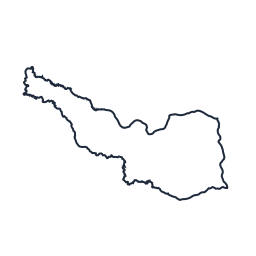 the district of Santuario, Risaralda, Colombia, rotated 161°
{"feature_id": "7082276B9908924507903", "entity_name": "Santuario", "entity_type": "district", "adm_level": 2, "iso_a3": "COL", "parent_name": "Colombia", "parent_adm1": "Risaralda", "projection": "mercator", "projection_center": [-75.953, 5.022], "detail": "fine", "context": "isolated", "style": "outline", "palette": "slate", "viewbox_px": 256, "rotation_deg": 161, "n_neighbors": 0, "source": "geoboundaries", "source_scale": "gbopen_adm2", "svg_char_len": 5904}
<svg xmlns="http://www.w3.org/2000/svg" viewBox="0 0 256 256"><g transform="rotate(161 128 128)"><path d="M215.3,193.1L213.7,193.1L212.9,193.4L212.6,193.2L212.5,192.1L210.5,191.6L210.8,191.1L210.5,190.6L209.6,190.8L209.2,190.7L209.2,190.2L208.7,189.7L208.4,189.0L207.7,189.6L207.1,189.5L206.7,188.8L206.5,187.7L205.6,187.5L205.8,187.0L206.3,186.8L205.4,185.6L205.1,185.6L204.6,186.6L203.7,186.5L202.9,185.8L202.3,185.6L199.8,185.7L199.5,185.2L199.1,182.3L200.0,181.0L200.0,180.4L199.7,180.1L197.8,179.4L194.2,179.9L193.7,178.5L191.6,178.8L189.9,177.4L189.9,177.0L190.5,176.6L189.6,176.2L189.4,175.9L190.5,175.5L190.3,175.2L189.4,175.0L190.0,174.2L189.4,172.8L190.3,172.5L190.2,171.9L188.7,169.5L186.4,168.5L186.0,167.8L186.0,165.7L185.4,164.7L185.9,163.1L185.8,160.2L185.5,159.7L184.2,159.8L183.6,158.2L182.9,157.6L183.1,156.3L182.6,155.2L181.2,153.5L181.3,153.3L180.7,152.8L180.0,149.6L180.8,148.6L180.9,147.6L180.8,146.5L180.3,145.3L180.5,142.9L179.8,142.1L179.7,140.5L180.5,138.5L180.5,137.8L181.2,137.4L181.3,136.4L181.7,135.8L181.5,134.5L181.5,130.6L180.2,126.7L179.1,125.8L176.8,124.7L174.7,124.2L173.3,123.1L173.0,122.8L173.0,121.8L171.8,120.3L171.6,118.4L170.4,117.2L170.0,116.0L167.9,115.3L166.6,114.4L167.1,113.3L166.4,112.3L165.4,112.0L163.4,113.1L161.5,112.6L161.1,112.0L160.6,110.3L159.5,110.2L158.4,109.4L158.2,108.0L157.6,107.2L157.6,106.3L156.9,106.2L155.4,107.1L154.4,106.5L153.8,106.5L152.6,107.6L152.0,106.9L152.0,106.0L151.0,105.2L149.6,104.9L147.1,103.6L146.0,104.1L143.3,102.3L143.2,101.7L143.5,100.9L142.5,100.0L142.3,99.0L141.7,97.9L141.7,96.6L142.1,96.5L142.7,96.7L142.8,96.1L143.8,94.9L143.7,93.3L144.0,93.7L144.6,93.6L144.2,93.2L144.5,92.8L145.2,92.5L145.5,92.0L145.9,92.0L145.9,91.6L145.2,91.7L144.8,89.6L145.0,89.0L145.8,89.0L146.5,88.5L146.6,87.3L146.1,86.6L146.4,85.2L145.9,84.9L146.0,83.5L146.9,83.5L147.8,82.7L147.7,82.3L149.2,81.2L149.3,80.8L148.8,80.5L148.7,79.8L147.5,77.4L146.1,77.3L145.7,76.9L146.3,76.2L146.0,75.7L146.4,74.9L145.7,74.7L145.3,74.0L144.9,74.1L144.7,74.5L143.8,74.6L143.3,74.4L141.9,74.8L141.1,74.2L140.5,75.3L139.9,75.4L138.7,76.5L138.0,76.1L137.4,76.1L137.2,75.6L136.2,74.8L135.8,73.7L135.0,73.6L134.1,73.0L133.3,73.1L132.7,72.6L132.2,73.0L131.7,72.8L131.4,72.1L130.1,71.4L129.2,69.6L128.6,69.8L127.9,69.3L127.1,69.9L127.3,70.2L128.5,70.3L128.6,70.5L127.4,71.4L126.5,71.2L125.9,71.4L124.6,71.2L124.8,70.0L124.0,69.6L123.0,68.2L123.4,67.5L123.3,66.4L123.6,65.4L124.4,64.6L124.2,63.8L122.7,63.6L122.2,62.9L120.6,62.2L120.0,61.5L118.8,61.5L117.7,59.9L117.6,58.5L116.7,56.8L114.6,55.0L113.8,53.8L112.5,53.3L112.1,52.8L111.5,52.9L111.5,52.3L110.5,50.9L109.8,50.5L108.5,49.0L107.9,48.8L107.4,48.2L106.5,47.8L105.4,46.9L104.4,45.3L102.4,43.1L99.5,42.9L97.6,42.3L94.4,41.8L91.3,42.0L89.3,42.6L87.4,42.8L84.7,42.3L82.7,42.2L80.7,43.0L79.3,43.1L76.4,42.4L73.1,43.7L71.4,44.8L70.2,44.1L67.2,44.6L65.3,42.9L64.9,42.1L64.6,42.0L63.1,41.6L61.0,40.6L58.2,41.4L57.5,41.4L56.1,40.0L53.8,39.0L53.4,39.7L53.2,42.0L53.9,44.3L55.0,46.2L55.1,51.7L54.5,53.1L53.0,54.8L52.4,56.7L52.4,58.3L52.9,60.8L52.8,63.2L52.6,63.9L51.5,65.0L50.7,65.2L49.0,66.6L47.6,67.2L46.3,69.1L45.9,74.5L45.5,76.8L45.5,79.9L45.7,81.6L46.9,84.9L46.9,85.6L46.3,86.5L44.9,86.9L44.0,88.0L43.6,89.8L44.5,93.3L44.3,95.5L43.8,97.0L41.6,99.3L41.6,100.1L40.6,101.9L40.4,104.0L40.9,106.7L40.4,107.8L42.3,108.4L43.5,109.3L45.9,112.0L47.4,112.9L48.5,114.0L51.9,118.3L54.2,120.5L56.4,121.8L59.0,121.8L59.8,121.5L61.4,122.2L62.5,122.4L64.4,122.4L65.9,122.1L67.0,122.6L69.8,122.3L72.7,122.6L75.1,123.4L78.8,125.6L83.8,126.6L85.0,126.1L85.6,124.3L89.1,120.6L90.3,118.8L91.3,118.1L92.6,116.5L93.2,116.1L94.3,115.7L95.4,115.6L97.9,116.2L102.2,116.3L104.6,115.9L106.0,114.9L107.3,114.6L108.8,114.8L110.4,115.4L110.8,116.0L111.5,120.2L109.8,122.4L109.7,124.9L110.6,126.3L112.6,128.2L113.4,129.9L115.2,131.5L116.8,132.4L117.9,132.6L119.5,132.5L124.6,130.3L126.2,128.9L130.3,129.1L131.5,129.4L132.9,130.3L134.2,132.1L134.8,134.0L135.2,138.5L136.6,142.9L136.5,145.2L137.2,147.6L138.2,149.2L139.5,150.5L143.5,152.5L144.5,153.5L145.8,153.7L146.7,154.4L147.4,154.2L148.0,154.6L149.2,154.8L150.1,155.6L150.6,155.2L151.2,155.4L152.0,155.2L152.1,155.8L152.7,155.3L153.1,155.4L154.0,156.5L153.6,157.4L154.7,157.9L154.7,158.6L155.1,159.2L154.7,159.5L155.1,160.3L154.7,161.3L154.8,163.3L155.0,164.1L154.8,164.7L155.0,165.2L154.8,166.4L156.1,167.4L156.5,168.1L157.3,168.3L157.2,168.8L157.8,169.7L158.5,170.1L159.3,170.0L160.6,170.4L161.0,171.2L161.8,171.4L163.6,173.4L164.9,173.4L165.9,175.5L167.5,176.2L168.1,177.6L168.9,178.5L169.9,181.5L170.0,182.9L169.2,183.5L169.5,184.2L169.8,184.5L170.3,184.3L170.5,184.6L171.0,184.7L172.0,185.6L173.4,184.9L174.4,185.3L174.8,185.7L174.7,187.0L175.9,187.6L175.8,188.7L175.9,189.1L176.4,189.3L177.0,189.2L177.2,189.8L177.9,189.7L178.2,190.7L179.1,190.9L179.8,190.7L179.8,190.9L179.4,191.4L179.6,192.2L180.5,192.2L180.2,191.6L181.0,191.8L181.4,191.4L182.0,191.2L183.0,191.4L182.9,191.7L183.4,192.0L183.1,192.5L183.7,193.4L184.3,193.2L184.3,193.7L185.3,194.0L184.9,194.6L185.0,195.0L186.3,195.3L186.3,195.6L185.6,195.6L185.4,196.0L185.7,196.4L186.0,196.2L186.2,196.3L186.1,196.7L186.3,197.2L186.0,197.5L186.2,198.0L187.7,199.7L188.3,199.6L188.9,199.1L190.1,199.6L190.1,200.0L190.8,200.4L190.7,200.8L191.1,201.1L191.5,202.3L192.4,203.2L192.3,204.5L192.9,204.1L193.6,204.1L193.8,204.6L194.5,204.8L194.9,205.2L195.3,205.2L197.0,205.9L198.1,205.8L198.5,206.1L198.9,207.0L198.6,208.0L199.2,208.2L198.4,210.5L199.9,211.7L199.1,212.7L199.1,214.3L198.5,214.6L198.3,214.9L198.4,216.8L198.9,217.0L199.6,216.9L200.2,215.8L200.7,215.7L202.8,216.8L203.6,217.0L205.3,216.2L206.1,215.5L206.7,214.6L207.0,213.1L207.3,208.7L209.2,208.3L209.3,206.1L210.9,205.5L211.6,204.8L211.0,202.3L210.4,201.8L208.9,201.3L208.5,200.5L208.7,200.1L209.6,200.3L210.5,200.0L212.6,198.1L212.7,197.5L211.8,196.6L211.7,196.0L212.3,195.3L215.5,194.4L215.6,193.9L215.3,193.1Z" fill="none" stroke="#1e293b" stroke-width="2"/></g></svg>